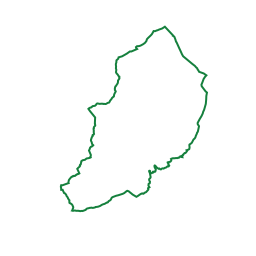 the district of Nucet, Bihor, Romania, rotated 323°
{"feature_id": "2599482B33433612869061", "entity_name": "Nucet", "entity_type": "district", "adm_level": 2, "iso_a3": "ROU", "parent_name": "Romania", "parent_adm1": "Bihor", "projection": "albers", "projection_center": [22.608, 46.495], "detail": "fine", "context": "isolated", "style": "outline", "palette": "green", "viewbox_px": 256, "rotation_deg": 323, "n_neighbors": 0, "source": "geoboundaries", "source_scale": "gbopen_adm2", "svg_char_len": 5779}
<svg xmlns="http://www.w3.org/2000/svg" viewBox="0 0 256 256"><g transform="rotate(323 128 128)"><path d="M199.7,159.3L204.6,155.6L207.5,152.4L209.8,149.6L212.4,147.2L212.0,145.4L212.0,139.0L212.7,137.6L214.6,136.5L218.0,134.3L220.3,133.5L222.3,133.1L221.3,130.0L218.6,125.9L218.9,124.2L218.8,123.3L219.2,121.9L218.9,120.6L218.8,118.7L217.9,115.4L215.2,103.9L215.5,101.6L216.2,98.6L217.0,94.8L218.4,88.6L218.3,88.0L219.1,85.9L219.9,83.2L219.8,82.6L219.4,81.5L219.7,81.4L218.4,69.3L215.2,69.1L212.1,68.1L210.3,67.7L209.5,67.3L208.3,67.1L207.8,66.9L206.8,66.0L204.4,67.1L203.3,67.5L201.5,67.8L198.0,68.2L196.5,68.5L195.1,69.6L194.1,69.8L193.5,70.1L192.7,70.2L190.7,70.2L187.9,69.8L186.8,69.5L185.9,69.1L184.4,68.1L183.0,68.2L182.7,69.0L182.8,70.4L176.7,68.9L175.5,68.0L171.8,67.9L166.4,67.2L163.0,65.9L161.9,66.8L159.6,67.0L159.0,67.5L158.4,68.4L156.8,69.6L156.1,70.6L155.5,71.7L154.3,73.0L153.7,74.5L152.0,76.2L151.7,77.6L151.9,78.6L151.9,79.5L151.8,80.2L151.8,80.7L151.7,81.4L152.0,81.8L151.8,82.2L151.5,82.3L151.1,82.8L151.0,83.2L150.7,83.4L148.6,84.1L147.6,85.3L146.5,86.2L145.4,86.5L143.7,87.2L143.0,87.2L142.1,87.8L141.1,88.7L141.0,89.0L140.4,89.7L140.3,90.4L140.3,91.3L139.7,91.7L138.0,92.4L136.9,93.1L135.7,94.3L135.2,94.2L134.7,94.3L133.4,94.4L132.0,95.0L130.1,95.4L129.5,95.8L128.8,96.1L128.2,96.3L127.1,95.8L125.6,95.6L124.8,95.5L124.3,95.2L123.2,94.1L122.8,94.0L122.0,93.0L119.8,91.6L118.5,90.1L117.8,89.8L117.5,89.8L116.6,90.2L115.9,90.3L115.2,90.4L114.0,89.9L113.0,89.3L112.3,89.3L111.2,89.5L110.4,89.1L109.0,88.8L107.9,88.9L107.8,91.7L108.1,99.8L104.3,104.4L104.3,104.6L104.0,104.9L103.8,105.3L103.6,106.0L103.2,106.4L102.0,106.6L101.3,106.8L101.0,107.0L100.5,107.8L100.0,107.9L99.3,109.1L99.2,109.4L98.8,109.9L98.4,110.3L98.3,110.6L98.0,110.9L97.7,111.4L97.3,112.3L96.7,112.5L96.3,112.6L95.6,112.3L95.2,112.5L94.9,113.2L93.5,113.6L93.2,113.8L92.6,114.3L92.2,114.5L91.9,114.8L91.6,114.9L90.9,115.6L90.7,116.2L90.4,117.7L89.8,118.8L89.7,119.3L89.9,120.9L89.7,121.0L89.1,120.7L88.2,121.0L87.9,121.0L87.6,120.8L87.0,120.7L86.6,120.8L85.9,120.9L84.5,121.9L83.3,122.5L82.1,127.2L81.1,128.2L80.4,128.4L80.4,129.0L79.8,128.9L78.7,128.5L76.5,127.4L74.6,127.5L72.6,126.6L72.1,126.4L71.3,126.5L70.9,126.4L70.5,126.6L69.8,127.4L69.3,127.7L68.5,128.5L67.4,128.6L67.1,128.8L66.9,129.0L66.9,129.4L66.2,129.7L63.9,129.9L62.9,130.1L61.8,135.0L61.0,134.9L60.2,134.6L59.8,134.3L58.9,134.4L58.5,134.2L58.1,134.3L57.6,134.2L57.2,134.4L56.9,134.3L56.5,134.2L56.1,133.8L55.9,133.7L55.6,133.4L55.3,133.3L54.8,133.5L54.5,133.3L54.3,133.4L53.6,133.1L52.9,133.1L51.7,133.4L50.7,133.6L50.2,133.8L49.5,134.0L48.5,134.8L48.2,135.1L48.0,135.4L47.3,135.9L47.3,136.2L40.9,134.2L40.3,133.5L39.9,133.8L39.6,133.9L39.1,134.4L38.8,134.9L38.5,135.6L38.3,135.9L37.8,136.7L37.5,137.0L37.4,137.2L38.6,138.0L38.1,140.1L38.1,140.5L38.0,140.8L37.8,141.2L37.8,141.4L38.4,142.5L38.4,143.8L38.4,144.3L38.1,145.0L38.0,145.7L38.1,146.7L37.9,147.8L37.7,148.2L37.7,149.0L37.6,149.9L37.7,150.5L36.9,151.4L36.6,151.9L36.5,152.1L36.3,152.3L36.2,152.7L36.6,153.3L36.6,153.7L37.0,154.3L37.2,155.2L37.2,155.9L37.1,156.6L36.9,157.2L36.8,157.9L36.3,158.7L34.6,159.7L34.1,160.3L33.7,160.4L34.1,160.9L34.7,161.3L35.5,161.6L36.1,162.1L36.3,162.3L36.7,162.9L38.4,164.1L38.7,164.5L39.3,165.0L39.7,165.6L40.3,165.9L40.9,166.2L41.6,166.7L41.8,167.0L43.5,167.5L44.9,167.9L46.3,167.6L47.1,167.8L47.6,168.0L48.1,168.3L49.3,168.7L50.1,169.2L51.0,169.7L51.4,170.3L52.3,170.9L53.9,171.6L54.6,171.6L54.9,171.8L55.7,172.3L56.9,172.9L59.0,173.5L60.8,173.6L62.4,174.0L63.6,174.5L66.3,174.8L66.8,175.2L67.1,175.2L67.4,175.2L68.0,174.9L68.7,174.8L70.2,175.0L71.1,174.9L73.0,173.9L73.9,173.9L74.7,174.1L77.8,175.0L79.6,175.8L84.2,177.4L85.8,177.7L88.7,177.6L89.6,177.7L89.9,178.1L90.4,178.9L90.6,179.4L90.9,181.0L91.3,182.3L91.6,183.8L93.3,188.0L94.8,188.2L97.8,188.3L98.8,188.4L99.4,188.7L99.9,188.7L100.2,189.0L100.5,189.6L100.8,189.8L101.7,189.8L102.2,189.6L102.9,189.9L103.9,190.1L106.9,189.5L107.1,189.4L107.5,189.1L107.7,188.2L107.9,188.1L108.2,188.0L108.8,188.1L109.5,188.2L109.6,186.7L109.7,186.4L109.8,186.1L110.9,185.0L111.2,185.0L112.0,185.2L112.3,185.1L113.3,184.0L113.3,183.3L113.4,182.7L114.0,181.7L114.4,181.5L115.5,181.4L116.2,181.1L116.6,180.7L118.4,177.0L118.7,175.5L119.1,175.0L119.3,175.0L119.6,175.2L119.7,175.4L119.7,175.7L119.1,177.0L119.0,177.5L119.3,178.1L119.6,178.3L120.0,178.3L121.2,178.7L121.7,178.0L121.9,178.1L122.2,178.3L122.7,178.9L123.0,179.1L123.6,179.2L123.8,179.1L124.1,178.6L125.0,178.2L125.3,177.7L125.5,176.3L125.7,175.3L126.1,174.5L126.4,174.1L126.6,174.0L126.8,174.0L127.0,174.3L127.1,174.6L127.2,176.9L127.5,177.8L127.6,178.2L127.8,178.5L127.9,179.0L128.7,179.3L128.8,180.1L129.0,180.5L129.4,180.9L130.6,180.8L131.4,181.1L132.0,181.7L132.1,181.9L133.2,181.9L134.3,182.4L135.3,182.5L135.6,182.4L136.3,182.4L136.8,182.6L137.1,182.8L137.3,183.1L138.2,182.9L138.2,181.6L138.7,181.3L138.8,181.1L138.8,179.5L139.0,179.3L140.4,179.9L140.9,180.1L141.6,180.4L142.4,180.2L142.9,180.1L143.8,178.9L143.8,178.6L144.1,178.6L145.7,179.2L146.2,179.7L146.5,179.8L147.1,180.3L148.3,180.9L149.1,181.6L149.4,181.8L150.1,181.9L150.5,182.3L150.8,182.4L151.2,182.2L151.6,182.4L151.9,182.4L152.7,182.1L153.2,182.5L153.5,182.5L153.4,183.3L153.4,183.5L153.8,183.9L153.9,183.5L154.0,183.3L154.8,183.1L155.2,182.7L155.4,182.6L155.6,182.8L156.0,182.7L156.3,182.4L157.3,182.2L158.2,182.1L158.6,182.5L159.3,182.5L160.1,182.3L161.3,181.9L161.4,181.0L163.1,181.6L164.2,181.7L165.3,180.8L166.7,178.6L167.0,178.3L167.3,178.2L168.5,178.3L170.1,178.2L173.4,176.6L174.8,176.5L175.8,176.2L176.7,175.7L177.4,175.1L179.5,174.0L180.4,173.3L181.5,173.0L185.7,169.4L185.9,168.8L185.9,167.5L186.0,166.9L186.2,166.5L186.8,165.8L190.9,163.9L193.7,162.8L196.4,161.4L197.8,160.3L199.7,159.3Z" fill="none" stroke="#15803d" stroke-width="2"/></g></svg>